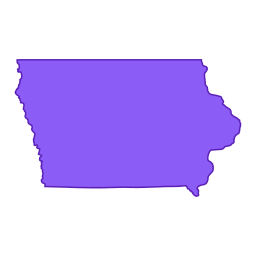 the border of Iowa
{"feature_id": "USA-3529", "entity_name": "Iowa", "entity_type": "State", "adm_level": 1, "iso_a3": "USA", "parent_name": "United States of America", "parent_adm1": "", "projection": "natural_earth1", "projection_center": [-94.248, 41.94], "detail": "fine", "context": "isolated", "style": "filled", "palette": "violet", "viewbox_px": 256, "rotation_deg": 0, "n_neighbors": 0, "source": "natural_earth", "source_scale": "10m", "svg_char_len": 5264}
<svg xmlns="http://www.w3.org/2000/svg" viewBox="0 0 256 256"><path d="M18.4,69.0L18.7,69.0L18.8,68.9L19.0,68.7L19.2,67.5L19.2,65.3L19.1,64.8L19.0,64.6L18.4,64.0L18.2,63.6L17.5,63.0L17.4,62.7L17.2,62.3L17.2,62.0L17.2,61.6L17.3,61.1L17.3,60.8L17.2,60.5L17.1,60.3L17.0,60.0L17.1,59.9L22.0,59.8L33.2,59.8L44.4,59.8L55.6,59.8L66.9,59.8L78.1,59.8L89.3,59.8L111.7,59.8L122.9,59.8L134.1,59.8L145.3,59.8L156.5,59.8L167.7,59.8L179.0,59.8L190.2,59.8L201.4,59.8L201.3,60.4L201.4,60.9L201.5,61.4L201.7,61.9L202.1,62.8L202.3,63.2L202.4,63.7L202.6,64.9L202.9,65.4L203.3,65.7L206.3,66.8L207.1,67.8L207.2,69.4L206.6,70.7L204.8,73.1L204.4,74.6L204.6,77.7L204.9,79.1L204.9,80.7L205.0,81.3L205.2,81.8L205.2,83.8L205.4,84.7L205.8,85.5L206.8,86.6L207.2,87.2L207.4,88.0L207.5,89.9L207.6,90.7L208.8,92.9L209.3,93.4L210.1,94.0L211.6,94.6L217.5,95.7L219.1,96.3L219.9,96.4L220.7,96.6L221.3,97.3L222.0,99.1L222.3,99.6L223.2,100.8L223.5,101.5L223.4,102.0L223.0,102.9L222.5,103.9L223.0,104.5L224.0,105.0L224.6,105.5L225.1,106.1L226.2,107.0L229.2,108.8L230.3,109.9L230.9,111.3L230.9,111.1L231.1,113.5L231.4,114.5L232.5,115.2L233.3,116.2L233.8,116.4L234.2,116.5L237.2,118.2L237.6,118.6L238.5,119.5L238.8,119.8L239.3,119.9L239.6,120.2L239.6,120.7L239.6,121.4L239.8,122.0L240.6,123.9L240.5,124.5L240.4,126.3L239.8,127.8L239.6,130.5L239.1,132.5L238.7,133.4L238.1,133.8L237.5,134.0L236.1,135.1L235.6,135.6L235.1,136.3L234.7,137.1L234.3,138.1L234.2,139.1L233.7,139.9L233.8,140.1L233.9,140.3L234.0,140.6L234.0,141.6L233.9,142.1L233.8,142.5L233.2,143.1L231.7,143.9L231.4,144.2L231.1,144.8L230.5,145.2L229.0,145.8L225.6,146.4L224.9,146.7L223.6,148.2L222.9,148.8L221.4,149.3L211.4,150.0L210.0,150.9L209.2,152.3L208.5,154.0L208.0,155.9L207.7,157.8L207.8,158.7L207.9,159.8L208.4,160.7L209.1,161.1L209.6,161.3L211.3,162.6L212.4,163.9L213.0,165.7L213.2,167.7L213.1,169.8L212.5,171.4L209.1,175.2L208.5,176.1L208.2,176.7L208.0,177.4L207.9,179.4L207.7,180.3L207.0,182.1L206.2,183.4L204.9,184.2L203.6,184.7L202.2,184.8L201.1,185.1L199.5,185.8L198.1,186.6L197.5,187.4L197.5,187.7L197.1,188.1L197.1,188.6L197.2,188.9L198.2,189.8L198.5,190.5L198.5,191.3L198.3,192.6L198.3,193.4L198.5,194.5L198.6,195.2L198.3,195.6L196.2,196.2L195.8,195.9L194.8,195.5L194.4,195.2L193.1,193.9L192.8,193.5L192.9,193.2L192.9,192.9L192.8,192.6L192.5,192.3L192.2,192.1L191.5,191.8L191.2,191.6L191.1,191.4L191.1,191.1L191.0,190.9L190.7,190.8L190.4,190.8L190.2,190.8L190.0,190.7L189.9,190.4L189.7,189.8L189.6,189.6L188.8,189.1L188.1,188.9L187.7,188.7L187.5,188.4L187.3,188.1L187.2,187.6L187.2,187.1L187.1,186.8L186.4,186.4L186.3,186.2L186.0,185.7L182.3,186.0L178.5,186.3L175.0,186.4L164.5,186.5L157.9,186.8L151.4,187.0L138.3,187.4L130.2,187.3L126.1,187.2L122.0,187.2L118.1,187.3L114.1,187.4L110.1,187.5L106.2,187.6L102.1,187.7L94.0,187.7L90.0,187.7L86.1,187.6L78.4,187.5L74.5,187.4L70.6,187.2L66.6,187.1L58.8,186.9L55.4,186.8L52.0,186.7L48.5,186.6L45.1,186.5L44.9,186.5L45.1,185.8L45.1,184.8L44.8,183.9L44.1,183.4L42.3,182.7L41.9,182.0L41.8,181.5L41.6,181.3L41.4,180.9L41.4,180.3L41.5,179.8L41.7,179.6L42.2,179.1L42.9,178.0L42.8,177.7L42.5,177.1L42.4,176.6L42.5,175.5L42.8,174.7L43.0,173.9L42.9,172.8L42.5,171.7L42.4,171.1L42.6,170.2L42.6,169.8L42.3,169.3L41.7,168.8L41.4,168.5L41.3,168.0L41.3,167.6L41.5,167.4L41.7,167.1L41.5,166.8L41.3,166.6L41.3,166.4L41.2,166.3L41.1,166.2L41.1,165.9L41.3,165.6L41.8,164.4L41.5,163.8L41.5,162.4L41.3,161.7L42.1,161.3L41.7,161.0L40.1,160.5L39.6,159.9L39.6,159.2L39.9,157.4L40.3,157.1L41.0,156.4L41.6,155.5L41.2,155.1L40.6,155.0L39.1,154.5L38.5,154.2L39.3,151.4L39.3,150.9L39.7,149.1L39.5,148.7L39.2,148.6L37.5,148.3L37.1,148.0L36.8,147.5L36.9,147.0L37.1,146.5L37.3,146.0L37.5,145.8L37.5,145.6L37.2,145.3L36.8,145.0L36.4,144.9L36.1,145.0L35.4,145.4L35.0,145.5L34.2,145.0L34.2,144.0L34.4,143.2L34.4,142.8L33.9,142.5L33.7,141.7L33.6,140.7L33.6,138.8L33.7,138.5L33.9,138.2L34.3,137.7L34.3,137.2L34.3,136.7L34.5,135.8L34.8,135.0L34.9,134.2L34.6,133.2L32.6,131.1L32.4,130.9L31.9,129.7L31.7,129.3L31.8,128.8L32.1,128.0L32.2,127.5L31.9,125.8L30.6,124.8L29.2,124.0L28.2,122.7L28.1,121.8L28.1,120.9L28.0,120.0L27.7,119.3L27.0,118.8L25.9,118.0L25.4,117.3L25.1,116.3L25.2,115.5L25.5,114.7L25.7,113.9L25.6,112.9L25.4,112.1L25.1,111.6L24.6,111.2L24.5,110.5L23.4,109.1L23.6,107.3L24.1,105.4L23.6,103.6L23.0,103.1L22.2,102.9L20.6,102.6L20.7,101.1L20.4,100.6L20.2,100.4L20.1,100.2L20.1,99.9L20.1,99.6L20.0,99.3L19.9,99.1L19.7,98.6L19.5,98.3L19.3,98.2L18.7,97.9L18.6,97.7L18.8,97.5L18.8,97.4L19.2,97.1L19.3,96.9L19.3,96.7L19.2,96.6L18.9,96.3L18.6,96.0L16.7,94.7L16.5,94.4L16.2,94.1L15.6,93.3L15.4,92.8L15.4,92.5L15.5,91.9L15.6,91.5L15.9,90.8L16.4,90.1L16.6,89.9L16.6,89.7L16.8,89.2L17.0,88.9L17.3,88.7L17.8,88.5L18.0,88.4L18.1,88.2L18.2,87.4L18.2,87.1L18.3,87.0L18.4,86.8L18.6,86.7L18.7,86.2L18.8,85.0L18.9,84.7L19.6,83.9L19.7,83.6L19.8,83.1L19.8,82.3L19.8,82.1L19.8,81.9L20.0,81.7L20.2,81.1L20.3,80.8L20.2,80.6L20.1,80.3L19.9,80.1L19.9,79.8L20.0,79.6L21.1,78.6L21.3,78.4L21.4,78.1L21.8,76.3L21.8,76.0L21.8,75.7L21.7,75.3L21.6,74.9L21.3,73.0L21.2,72.5L21.1,72.3L21.0,72.2L20.8,72.1L20.5,72.1L20.2,72.1L19.2,72.0L18.6,72.0L18.3,72.0L18.1,71.9L17.9,71.6L17.8,71.4L17.9,71.2L18.0,71.0L18.3,70.7L18.3,70.4L18.2,70.2L17.9,70.0L17.6,69.5L17.6,69.2L17.9,69.0L18.4,69.0Z" fill="#8b5cf6" stroke="#5b21b6" stroke-width="1.5"/></svg>